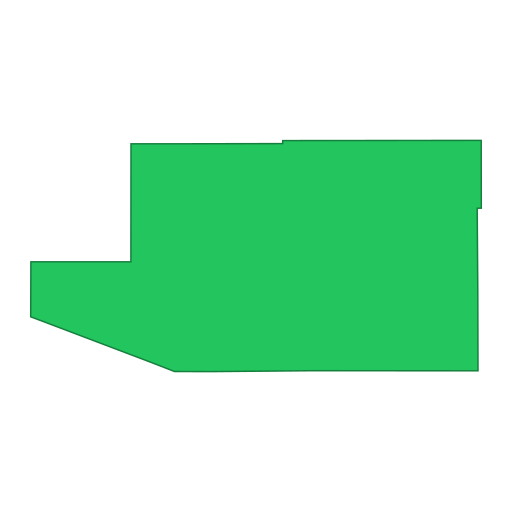 Santa Cruz, Arizona, United States of America (orthographic projection)
{"feature_id": "52423323B1252961664996", "entity_name": "Santa Cruz", "entity_type": "district", "adm_level": 2, "iso_a3": "USA", "parent_name": "United States of America", "parent_adm1": "Arizona", "projection": "orthographic", "projection_center": [-110.91, 31.532], "detail": "fine", "context": "isolated", "style": "filled", "palette": "green", "viewbox_px": 512, "rotation_deg": 0, "n_neighbors": 0, "source": "geoboundaries", "source_scale": "gbopen_adm2", "svg_char_len": 333}
<svg xmlns="http://www.w3.org/2000/svg" viewBox="0 0 512 512"><path d="M30.7,316.8L149.5,361.8L174.5,371.5L211.2,371.6L312.5,370.7L478.0,370.8L477.8,292.0L477.2,208.2L481.3,208.2L481.2,140.4L282.7,140.6L282.7,143.6L183.1,143.8L131.0,143.8L130.9,261.8L30.9,261.8L30.7,316.8Z" fill="#22c55e" stroke="#15803d" stroke-width="1.5"/></svg>